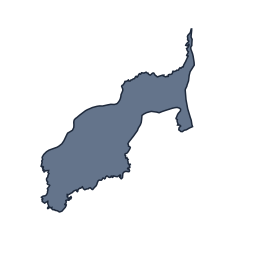 outline of District #1, Grand Bassa, Liberia, rotated 228°
{"feature_id": "62588387B32884824633153", "entity_name": "District #1", "entity_type": "district", "adm_level": 2, "iso_a3": "LBR", "parent_name": "Liberia", "parent_adm1": "Grand Bassa", "projection": "equal_earth", "projection_center": [-10.179, 6.235], "detail": "fine", "context": "isolated", "style": "filled", "palette": "slate", "viewbox_px": 256, "rotation_deg": 228, "n_neighbors": 0, "source": "geoboundaries", "source_scale": "gbopen_adm2", "svg_char_len": 5858}
<svg xmlns="http://www.w3.org/2000/svg" viewBox="0 0 256 256"><g transform="rotate(228 128 128)"><path d="M159.3,241.2L157.2,238.1L156.8,234.5L156.1,233.2L154.8,232.6L154.0,231.5L153.5,231.2L152.7,231.6L151.7,231.1L151.5,230.1L151.5,228.5L151.1,226.8L150.8,226.2L149.2,227.1L149.0,227.6L149.7,228.8L149.6,229.2L149.1,229.1L148.4,228.2L147.8,226.8L147.7,225.5L147.9,225.2L147.9,224.7L147.2,224.6L146.8,224.2L145.9,223.9L145.2,223.8L144.3,224.0L143.4,222.2L142.8,220.2L142.3,220.1L141.6,220.9L141.1,220.7L140.7,219.6L139.9,217.7L138.7,215.0L138.3,213.7L137.4,211.3L136.5,210.0L136.6,209.5L137.0,209.4L137.1,208.8L137.0,207.3L137.2,207.1L137.8,207.1L138.0,207.0L137.8,205.6L137.3,204.4L137.5,203.7L137.9,203.5L138.4,202.9L138.3,201.9L139.3,199.7L139.8,199.7L140.1,199.5L139.8,198.7L139.3,198.1L138.8,197.0L139.1,195.7L140.1,194.6L140.5,193.7L140.3,193.1L140.0,193.1L139.4,192.4L139.8,191.8L140.5,191.3L140.6,190.6L141.1,189.9L142.6,189.6L143.0,189.0L143.3,189.1L143.5,189.8L144.3,188.8L144.6,188.0L145.7,185.6L146.1,184.3L146.5,183.9L147.6,183.9L148.7,183.5L151.6,183.9L152.2,183.3L152.4,182.5L152.3,180.2L153.3,179.5L154.5,179.3L155.4,179.6L155.8,179.1L157.4,178.8L158.1,176.6L158.8,176.1L159.6,175.3L160.0,175.0L159.6,174.1L159.7,173.1L159.9,173.0L160.5,173.1L160.7,172.4L160.6,171.8L160.0,170.2L159.6,169.2L159.8,168.7L160.0,168.6L160.6,168.8L160.9,168.8L161.1,168.3L160.9,167.2L160.3,165.9L161.0,164.7L161.1,163.9L161.1,163.2L161.7,162.5L161.5,161.0L162.3,160.1L162.8,160.2L163.4,160.5L163.5,160.3L163.4,159.4L164.1,157.2L164.6,157.1L164.4,156.3L163.8,155.4L163.3,153.0L163.6,152.0L163.3,151.2L162.2,150.8L160.5,150.2L159.2,149.0L157.4,145.1L156.2,143.8L154.9,141.9L154.2,140.4L153.7,138.6L153.4,136.5L153.8,135.2L154.7,133.5L157.1,131.1L158.8,128.3L161.3,123.9L163.6,121.4L164.9,119.4L167.0,115.3L168.8,110.0L169.3,107.8L169.9,100.7L170.0,96.7L170.2,95.4L170.0,93.6L169.4,92.5L168.4,91.4L166.5,89.9L164.7,88.1L164.0,86.5L163.5,85.2L164.0,82.5L164.6,79.7L164.0,78.1L161.4,71.9L160.5,68.3L160.7,64.9L161.1,62.6L164.4,54.5L164.9,51.6L164.7,47.7L163.7,44.6L162.6,43.9L161.9,43.7L161.6,43.1L161.5,42.3L160.6,41.4L160.0,41.3L158.3,38.7L158.1,38.7L158.0,38.1L157.7,37.8L157.3,38.1L156.1,38.0L156.1,38.6L156.3,38.9L156.1,39.1L155.7,39.1L155.5,38.9L155.1,38.0L154.8,37.3L153.5,37.5L153.5,37.1L153.6,36.6L153.3,36.4L153.0,36.5L152.7,36.9L152.1,36.8L151.7,36.2L151.5,36.3L151.3,36.6L151.6,37.4L151.5,38.1L151.0,38.4L150.6,39.4L149.8,40.0L149.5,40.6L149.3,40.4L149.0,39.6L148.7,39.2L148.5,38.7L148.3,38.7L147.1,38.8L146.7,37.5L146.1,36.7L146.0,36.3L145.3,35.7L145.0,33.8L144.4,33.2L144.1,32.8L142.8,32.2L142.3,32.4L141.7,32.3L140.6,30.7L140.0,30.6L139.1,31.0L138.2,31.4L137.8,31.5L137.3,30.1L137.1,28.4L136.8,27.4L136.4,27.5L135.5,27.1L134.7,25.7L133.9,25.0L133.6,24.5L132.9,22.6L133.0,21.7L133.2,20.8L133.8,19.9L134.2,19.4L134.5,17.3L132.3,17.3L132.2,16.9L132.4,16.2L132.2,16.0L131.6,15.9L130.8,15.1L127.9,15.8L127.7,17.4L127.4,18.3L127.4,19.1L127.2,19.4L126.0,18.2L125.3,17.7L123.8,17.2L122.9,16.8L122.8,16.4L122.8,16.1L122.4,14.7L122.4,14.9L122.3,14.6L121.9,14.4L121.6,14.7L121.5,15.6L121.7,16.3L121.4,16.9L121.0,16.7L120.3,17.4L119.9,18.2L119.3,17.3L117.7,17.4L117.5,17.7L117.2,17.8L116.7,18.6L116.3,18.8L115.6,18.7L113.7,20.2L112.4,20.5L111.6,20.8L111.3,21.1L110.4,23.3L111.0,28.2L111.7,30.0L112.2,30.7L112.7,30.4L113.0,29.9L113.4,29.8L113.7,30.2L113.5,30.9L113.7,31.7L114.5,32.7L115.7,33.3L115.6,33.9L114.9,34.8L114.8,35.5L114.2,35.4L113.9,35.7L113.8,36.2L114.0,37.1L113.9,37.6L113.6,38.0L114.1,39.3L114.6,39.6L115.2,39.7L115.3,37.7L115.5,36.7L115.8,36.5L116.4,36.7L116.8,37.0L117.5,36.7L117.8,36.9L117.8,37.7L118.3,38.1L118.7,37.8L119.1,38.1L119.3,38.4L118.3,39.0L118.0,40.3L117.7,42.0L117.4,43.0L117.2,43.7L117.5,44.7L117.3,46.0L116.6,47.9L116.3,48.3L116.0,48.3L115.1,47.6L114.6,47.7L114.6,48.4L115.6,49.6L115.6,51.6L115.3,52.3L115.0,52.4L114.8,53.3L114.9,54.4L114.8,54.8L112.7,54.2L111.0,54.6L110.3,56.7L109.4,57.7L109.4,59.1L108.9,60.0L106.4,60.2L105.9,60.6L106.3,63.4L106.3,65.2L106.8,66.8L107.8,68.5L108.7,70.4L108.6,71.7L107.7,72.5L107.0,73.4L107.5,76.0L106.6,76.5L105.8,76.6L105.8,77.5L106.6,78.8L106.5,80.2L105.7,80.6L104.8,80.6L103.7,81.1L103.2,81.8L103.5,83.1L103.1,83.9L102.8,83.8L102.5,83.3L102.0,83.2L101.7,83.4L101.6,83.9L101.7,84.6L102.0,85.1L101.2,85.8L100.2,86.4L99.0,87.4L98.7,88.5L98.5,90.3L98.4,90.7L98.0,90.8L97.3,90.3L97.3,89.3L97.0,88.9L96.4,89.0L95.0,88.9L94.7,89.1L94.8,90.7L97.0,93.1L97.5,93.5L97.8,94.4L97.9,95.6L97.6,96.9L97.3,97.1L96.8,97.8L95.2,99.1L94.9,99.5L94.9,99.9L95.2,100.6L96.4,101.1L97.7,100.5L98.2,100.6L98.3,101.2L97.4,102.6L97.5,103.1L97.8,103.4L98.7,103.4L99.2,103.9L99.3,104.9L99.2,105.2L99.7,105.4L100.4,104.4L101.4,104.3L102.6,105.3L103.8,105.9L104.6,106.4L104.5,107.0L106.2,107.1L106.6,107.3L106.8,106.2L107.5,106.3L109.1,107.7L109.7,107.5L110.7,108.4L110.6,109.2L110.1,110.1L110.1,111.3L110.6,113.3L111.2,115.2L111.9,116.6L112.9,116.8L114.1,116.2L115.1,117.0L116.3,117.3L117.1,119.5L118.3,126.5L119.8,133.3L121.0,135.5L122.1,139.3L123.3,141.6L125.2,143.8L128.0,146.8L127.8,149.1L127.0,152.1L124.8,156.4L120.7,159.9L118.5,161.3L117.4,164.4L115.6,168.5L113.0,174.2L111.7,176.5L110.4,178.3L108.2,179.6L106.8,179.7L105.6,178.4L105.2,175.0L104.5,173.1L103.8,171.9L103.3,170.6L102.8,169.9L101.2,170.3L100.5,169.2L98.2,168.1L97.4,167.9L97.1,166.8L96.6,167.1L96.2,167.8L95.4,168.4L94.3,168.5L94.0,168.1L94.2,167.3L94.1,166.4L93.7,165.7L92.6,164.5L91.4,164.8L90.0,164.9L88.9,166.0L88.7,168.2L87.6,170.2L86.9,173.6L85.8,176.9L87.5,177.6L91.5,180.2L94.3,181.4L102.3,185.2L110.3,190.1L117.9,195.9L118.5,196.7L119.6,199.5L120.5,200.8L122.5,204.5L126.2,208.7L128.3,211.9L130.4,219.3L132.5,221.0L137.7,224.4L139.9,225.6L142.1,226.5L144.4,227.4L145.8,228.4L146.4,229.4L146.5,230.5L148.2,232.1L151.0,235.0L153.2,235.6L154.2,236.5L157.9,240.6L159.0,241.6L159.3,241.2Z" fill="#64748b" stroke="#1e293b" stroke-width="1.5"/></g></svg>